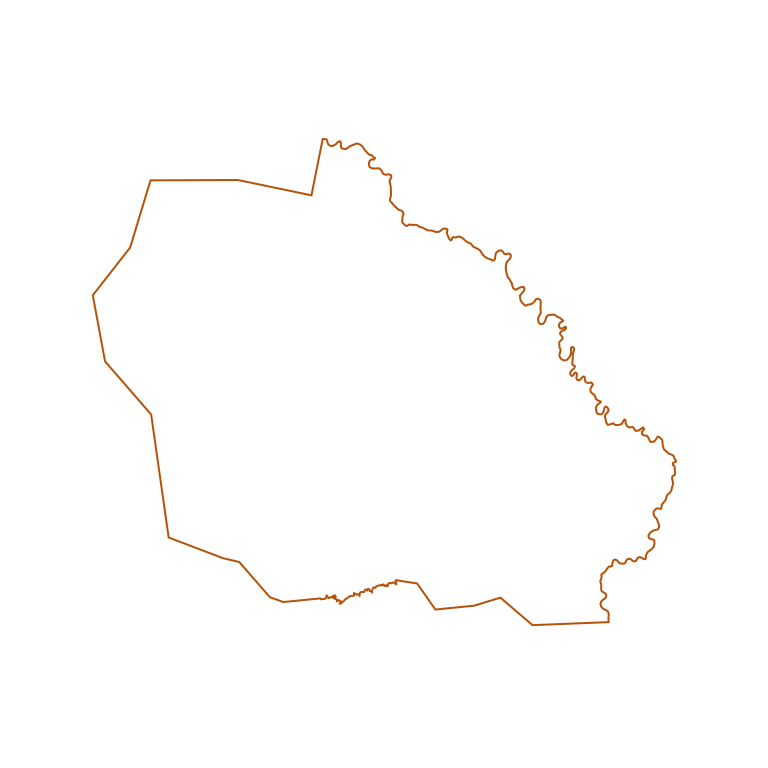 Sant, Selenge, Mongolia, rotated 280°
{"feature_id": "93677404B33793870278074", "entity_name": "Sant", "entity_type": "district", "adm_level": 2, "iso_a3": "MNG", "parent_name": "Mongolia", "parent_adm1": "Selenge", "projection": "equal_earth", "projection_center": [105.356, 49.376], "detail": "fine", "context": "isolated", "style": "outline", "palette": "amber", "viewbox_px": 768, "rotation_deg": 280, "n_neighbors": 0, "source": "geoboundaries", "source_scale": "gbopen_adm2", "svg_char_len": 6153}
<svg xmlns="http://www.w3.org/2000/svg" viewBox="0 0 768 768"><g transform="rotate(280 384 384)"><path d="M188.5,646.6L192.3,645.7L196.0,645.4L198.6,644.3L199.2,643.5L200.3,640.7L200.4,639.6L201.2,638.1L202.0,636.9L204.7,635.4L206.7,635.5L208.3,636.1L211.8,639.3L214.0,639.7L215.8,639.1L217.8,634.3L219.5,633.5L224.3,632.8L227.2,631.2L230.6,631.9L234.2,631.2L237.5,634.2L242.8,636.8L243.5,637.5L243.6,639.1L244.3,640.1L248.7,640.2L250.2,640.6L250.9,641.3L251.2,642.2L251.0,643.7L248.4,647.1L248.3,648.0L248.8,651.6L249.6,652.6L253.4,653.8L254.5,655.5L254.2,658.0L253.2,659.0L252.7,661.4L253.6,663.0L256.6,663.8L257.9,665.6L257.9,667.3L256.8,669.9L256.8,671.7L257.8,672.1L260.5,671.7L264.0,672.7L268.6,676.8L270.7,677.9L273.8,678.1L276.5,677.5L277.4,677.0L277.8,672.8L278.3,671.9L279.9,670.9L281.0,670.8L284.0,672.1L285.2,673.3L286.8,675.2L288.3,678.9L290.4,679.7L292.2,679.7L298.5,676.1L300.4,673.4L303.2,671.9L304.3,671.8L305.8,672.0L308.3,673.6L309.1,675.2L309.1,678.4L309.8,678.7L313.3,678.5L318.8,681.5L322.2,681.8L324.1,682.4L326.4,684.3L328.7,685.4L336.6,686.0L340.9,684.1L342.3,683.9L343.5,684.3L344.9,686.1L346.8,686.2L350.5,685.1L352.3,684.9L353.9,684.0L354.5,682.6L355.8,682.3L356.6,682.4L358.0,684.8L359.4,684.8L360.6,683.3L363.0,682.0L364.1,680.7L364.8,676.9L368.1,671.2L371.8,669.2L376.9,667.9L377.6,667.4L379.8,663.6L379.7,662.9L378.9,662.2L376.6,661.4L374.2,660.0L373.3,656.9L373.6,656.1L377.0,653.7L378.7,651.9L378.5,648.9L379.0,647.4L379.5,646.9L380.1,646.6L381.7,646.5L384.6,647.9L385.4,647.6L386.1,646.7L382.3,642.6L381.7,641.0L381.7,640.0L382.2,639.2L384.5,637.0L384.8,636.2L383.9,633.1L384.0,632.1L384.9,630.6L387.3,628.7L389.9,628.3L390.8,627.2L390.0,626.4L386.2,625.3L385.5,624.4L384.3,622.0L383.8,619.4L383.9,618.5L385.1,616.7L382.8,612.2L382.8,611.3L384.2,609.8L390.3,607.2L392.1,607.2L395.2,609.2L397.6,609.7L399.5,608.2L400.1,607.1L400.3,606.3L399.4,605.3L394.7,605.0L393.2,604.4L392.2,603.6L391.6,602.4L391.8,599.4L392.6,598.6L394.1,597.8L397.6,596.8L400.4,597.6L403.6,600.5L404.5,600.3L404.8,597.9L406.0,595.4L409.4,593.5L411.6,589.5L412.5,588.7L414.8,588.2L416.2,588.4L419.5,589.8L420.8,588.9L421.5,587.9L420.5,585.3L420.6,583.3L421.0,582.3L421.7,581.7L424.8,580.8L425.9,580.2L426.1,579.5L425.7,578.6L421.4,575.7L421.6,573.9L422.1,573.0L423.2,572.4L427.3,572.3L427.8,572.1L428.4,571.1L428.3,570.0L425.4,568.8L424.7,568.0L424.5,567.4L424.8,566.8L425.7,565.9L427.9,565.4L430.2,566.6L432.5,568.6L434.2,569.0L434.8,568.8L435.5,566.7L436.6,565.8L442.1,565.5L444.9,564.8L451.5,565.2L452.9,564.3L453.1,563.6L452.8,562.4L452.2,561.9L446.8,562.9L442.9,562.1L439.6,560.0L438.9,558.9L438.5,557.3L439.2,554.6L440.8,552.6L442.2,551.9L443.6,551.7L448.1,552.1L450.5,550.5L454.9,549.4L456.4,549.7L459.1,551.9L460.1,552.0L461.6,551.2L463.5,548.9L464.7,548.6L466.1,549.1L466.9,549.8L469.0,552.8L470.6,553.6L471.3,553.5L471.9,552.5L469.9,550.4L469.2,548.2L470.7,546.6L472.9,546.0L474.5,546.6L475.7,547.5L476.9,549.2L477.6,549.4L479.7,545.7L480.0,543.8L481.6,540.5L481.9,539.2L480.5,534.3L480.0,533.3L478.0,532.3L473.4,531.6L471.9,530.9L470.8,530.0L470.4,528.9L470.3,527.6L470.7,526.5L472.1,525.3L473.9,524.7L476.4,524.4L479.8,525.7L481.8,526.0L486.2,524.8L491.6,524.3L493.7,523.4L494.8,521.3L494.1,519.2L491.1,517.7L488.4,515.4L487.0,511.8L485.9,510.3L485.8,509.2L486.4,508.2L488.4,505.6L490.0,504.1L491.2,503.5L494.5,502.6L495.3,502.8L499.7,505.4L500.9,505.8L502.8,505.7L503.3,505.1L503.9,503.6L503.0,502.5L502.9,501.4L499.6,497.3L500.6,495.1L501.4,494.1L505.4,492.3L509.0,489.4L510.5,487.4L516.6,484.5L520.6,483.5L524.4,483.5L526.8,484.5L529.0,486.2L530.1,486.6L532.4,486.7L534.0,485.5L534.1,484.0L532.8,481.0L533.1,479.9L535.3,477.6L536.0,476.3L535.0,473.7L533.7,472.3L531.8,471.4L526.1,471.5L524.8,470.7L524.4,469.7L525.0,468.3L526.0,463.2L526.8,461.3L528.4,458.9L532.4,455.2L533.4,452.9L534.5,448.4L537.4,445.1L538.3,440.9L541.3,435.9L542.0,434.1L542.2,431.7L540.7,429.1L540.7,426.9L540.3,426.1L537.6,425.4L537.1,425.0L537.1,424.4L538.6,422.7L542.7,420.2L544.5,419.5L546.5,419.8L547.2,419.5L547.6,418.7L547.5,416.0L546.9,415.0L543.6,412.0L542.7,409.0L543.4,404.5L542.9,400.3L544.8,394.2L544.8,391.8L545.7,390.6L546.3,388.1L545.6,384.4L545.5,381.7L545.2,380.8L543.6,379.1L543.8,377.6L545.9,374.4L547.0,373.7L553.0,373.2L555.0,373.7L556.6,372.8L557.8,370.7L558.1,368.2L561.3,363.1L563.9,360.1L565.1,358.3L565.9,357.9L571.6,358.1L579.7,356.3L584.7,354.2L585.9,354.3L588.6,355.4L590.8,354.7L591.3,352.4L591.2,351.5L590.3,349.4L590.8,346.7L594.3,344.0L595.3,342.2L595.5,341.4L594.3,335.8L594.7,333.2L595.2,332.2L597.6,330.9L601.0,331.0L602.9,332.5L603.4,335.3L604.8,335.9L605.3,335.5L605.8,333.9L607.3,332.0L607.3,329.6L607.6,329.0L611.3,324.2L614.3,321.4L615.7,318.9L616.2,315.6L612.3,309.2L609.2,306.3L608.5,304.4L608.7,301.9L609.7,300.6L614.3,299.5L615.4,298.6L614.6,296.8L611.5,294.7L609.3,291.7L609.1,290.6L609.6,288.7L610.3,287.6L611.4,286.7L613.9,285.8L614.8,285.0L615.0,284.2L614.7,281.1L557.2,279.8L559.5,204.6L544.0,118.7L474.3,110.3L420.8,81.8L357.8,105.4L313.5,160.0L195.4,198.6L184.5,255.7L183.6,272.3L154.2,308.7L151.8,322.7L161.7,358.2L161.0,359.3L161.7,360.9L161.7,362.2L162.8,363.9L164.5,364.0L165.6,364.4L163.7,366.5L163.6,367.0L164.3,367.8L164.7,369.1L165.7,370.0L164.5,371.2L164.2,372.2L165.1,372.4L166.6,371.4L167.2,371.6L167.3,372.0L167.1,372.8L166.4,373.2L163.9,373.6L163.3,375.0L162.0,375.4L162.3,376.0L163.4,376.6L162.6,378.9L161.1,379.1L160.2,378.6L160.0,379.2L160.7,380.0L162.4,381.0L163.5,382.4L165.2,383.1L165.6,383.8L167.8,385.8L168.0,386.4L169.2,387.5L170.3,391.1L172.7,390.7L172.9,391.4L171.7,393.3L172.5,394.9L171.3,396.6L174.5,396.7L175.2,397.6L175.7,400.3L178.2,401.3L178.3,401.8L177.7,403.0L179.0,403.3L179.6,404.1L179.2,405.3L177.7,405.8L177.7,406.9L176.9,408.3L178.4,408.1L181.8,408.8L181.8,410.9L183.3,411.5L184.7,413.7L184.8,415.0L185.8,416.0L185.4,417.4L186.4,418.2L185.2,419.7L186.1,420.7L185.3,421.8L185.3,422.4L186.0,422.8L187.4,422.6L188.9,423.8L189.1,424.4L188.9,425.7L190.1,427.2L189.9,428.8L188.8,430.6L189.0,430.9L189.7,430.9L191.9,429.5L193.1,430.1L192.9,431.1L193.3,451.3L170.8,473.7L181.3,511.2L193.8,535.7L172.3,572.1L188.5,646.6Z" fill="none" stroke="#b45309" stroke-width="2"/></g></svg>